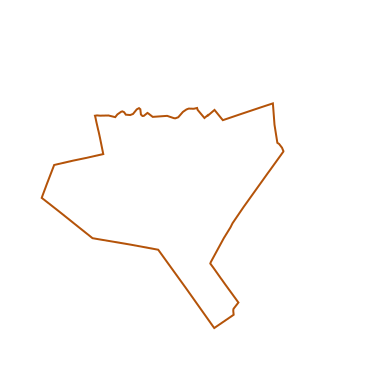 the district of Mavrodin, Teleorman, Romania, rotated 140°
{"feature_id": "2599482B71627865865788", "entity_name": "Mavrodin", "entity_type": "district", "adm_level": 2, "iso_a3": "ROU", "parent_name": "Romania", "parent_adm1": "Teleorman", "projection": "albers", "projection_center": [25.255, 44.051], "detail": "fine", "context": "isolated", "style": "outline", "palette": "amber", "viewbox_px": 384, "rotation_deg": 140, "n_neighbors": 0, "source": "geoboundaries", "source_scale": "gbopen_adm2", "svg_char_len": 1321}
<svg xmlns="http://www.w3.org/2000/svg" viewBox="0 0 384 384"><g transform="rotate(140 192 192)"><path d="M310.9,284.1L306.6,263.8L301.4,237.9L297.9,220.6L294.3,216.3L273.0,191.3L255.0,169.5L258.5,121.5L262.2,76.4L262.4,73.5L239.0,71.2L237.1,74.0L236.7,74.5L236.2,75.1L235.3,75.8L234.5,76.0L227.5,77.5L225.9,100.7L225.5,105.4L225.4,107.2L224.3,120.4L224.0,125.4L222.7,126.2L197.3,136.2L185.2,140.2L181.1,142.0L162.3,147.3L121.5,157.8L119.8,158.2L97.3,163.9L96.1,164.2L95.7,164.5L95.2,166.2L94.6,168.0L94.4,172.8L95.0,174.8L89.3,184.3L85.5,190.6L75.5,204.5L73.1,207.9L83.6,212.1L106.5,221.1L122.2,227.2L122.2,229.0L122.1,234.9L122.0,240.4L130.6,240.3L130.5,240.7L134.9,240.7L134.9,251.3L134.1,253.1L137.1,254.6L140.9,258.0L143.2,258.8L147.5,259.2L154.5,258.1L157.5,259.2L158.4,260.2L162.1,266.3L173.8,274.8L174.9,279.9L175.3,281.2L180.0,281.3L181.1,282.1L181.3,284.2L178.4,288.6L178.7,290.3L181.2,290.8L187.0,289.7L189.9,290.7L193.0,293.8L192.7,296.7L193.5,298.5L194.6,299.0L199.3,299.4L202.7,298.7L206.8,304.3L213.4,309.6L215.5,311.7L217.3,312.8L217.6,312.1L218.8,309.8L220.3,307.0L222.7,302.3L223.8,300.2L224.6,298.5L227.6,292.8L235.6,278.1L251.3,286.2L263.0,292.5L280.2,301.3L291.6,295.0L299.0,290.9L300.9,289.8L307.1,286.3L309.4,285.0L310.2,284.5L310.9,284.1Z" fill="none" stroke="#b45309" stroke-width="2"/></g></svg>